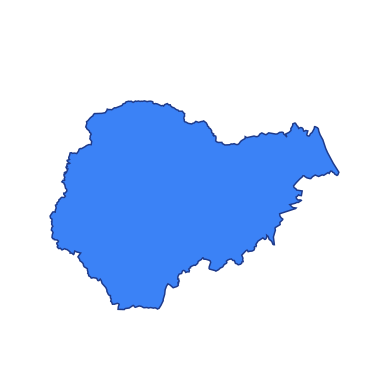 the district of Amboasary-Atsimo, Anosy, Madagascar, rotated 255°
{"feature_id": "10022922B61088153240222", "entity_name": "Amboasary-Atsimo", "entity_type": "district", "adm_level": 2, "iso_a3": "MDG", "parent_name": "Madagascar", "parent_adm1": "Anosy", "projection": "mercator", "projection_center": [46.389, -24.509], "detail": "fine", "context": "isolated", "style": "filled", "palette": "blue", "viewbox_px": 384, "rotation_deg": 255, "n_neighbors": 0, "source": "geoboundaries", "source_scale": "gbopen_adm2", "svg_char_len": 5999}
<svg xmlns="http://www.w3.org/2000/svg" viewBox="0 0 384 384"><g transform="rotate(255 192 192)"><path d="M199.6,48.6L199.1,48.9L197.2,48.1L194.9,48.7L194.0,47.5L192.0,46.4L191.4,46.3L190.9,46.8L188.8,47.3L186.9,46.0L184.4,45.0L182.9,45.5L182.7,46.4L181.6,46.6L180.5,49.4L179.1,50.3L178.1,49.4L177.7,48.1L176.9,48.0L174.7,48.6L174.2,47.8L173.4,47.7L171.8,48.7L171.7,50.3L169.7,51.4L170.2,54.4L169.1,55.5L168.8,56.4L165.8,58.7L164.5,58.4L164.1,60.0L162.3,61.3L162.5,61.8L165.3,63.5L163.9,65.2L161.9,68.7L159.0,65.1L158.5,65.1L156.7,65.9L154.5,66.0L153.1,67.2L151.1,68.3L149.0,68.2L147.7,68.5L145.0,71.1L143.3,70.7L141.5,70.8L140.5,70.2L139.1,70.8L137.8,70.5L136.3,72.0L135.2,72.2L134.8,72.8L134.9,74.3L133.6,77.1L133.2,77.6L131.0,78.1L130.6,78.5L130.6,79.4L131.6,80.8L129.9,81.4L127.0,81.5L122.0,84.0L119.7,84.4L117.9,84.1L114.7,84.7L113.5,85.4L113.1,86.4L110.7,85.8L109.6,86.3L107.4,85.2L106.7,85.8L104.2,86.1L103.7,88.0L103.8,91.1L103.2,92.0L102.4,92.6L100.2,91.1L97.8,90.2L96.0,96.1L96.7,97.4L96.2,101.3L97.7,105.7L97.5,106.2L95.8,106.9L95.3,107.5L95.6,111.4L94.6,113.5L92.9,115.2L92.6,115.8L92.1,118.6L91.2,119.9L91.1,122.2L89.8,124.7L89.7,126.4L88.6,127.8L87.9,128.3L88.2,130.1L90.6,132.7L94.4,136.0L95.8,136.4L100.2,139.1L104.6,140.8L107.7,143.0L109.5,145.0L107.9,146.7L104.4,149.0L104.6,152.7L105.0,154.0L105.6,154.7L106.9,154.7L107.1,155.2L108.0,155.0L108.1,155.7L108.8,155.7L109.3,156.6L110.2,156.4L111.4,156.6L111.6,155.7L114.0,156.5L116.0,158.3L116.0,160.9L118.1,162.2L118.5,163.4L117.9,164.5L115.9,165.1L116.1,166.7L115.6,168.5L116.9,169.2L118.4,168.9L119.1,170.1L119.2,171.0L120.2,171.2L120.8,174.8L120.3,176.3L121.6,178.9L123.4,180.1L124.4,183.6L125.6,185.2L125.3,185.9L124.0,186.1L123.5,187.9L121.5,191.1L120.5,191.8L119.1,191.8L115.2,189.2L113.7,188.7L113.0,189.0L109.9,194.3L109.4,194.6L110.1,197.6L111.4,200.0L111.4,201.1L111.8,202.4L113.6,204.3L114.3,206.9L114.9,207.4L116.3,207.3L117.0,208.8L117.3,210.7L117.1,212.7L115.3,213.8L114.8,215.2L111.8,215.5L111.1,216.7L109.7,217.8L109.7,220.1L110.3,221.5L111.5,222.1L111.5,223.4L113.9,223.5L114.9,224.1L118.1,223.7L121.2,228.7L121.6,229.8L121.5,230.3L119.8,230.8L119.8,232.7L119.4,234.7L119.8,236.7L121.1,237.8L122.6,237.9L123.0,238.6L122.7,239.7L123.9,240.4L124.9,240.2L127.5,243.1L129.3,248.6L127.4,249.9L127.3,250.7L128.0,251.7L129.9,252.9L130.8,253.0L129.4,254.0L126.3,254.3L123.7,256.2L120.6,256.6L120.1,257.0L119.8,257.9L127.5,259.0L133.6,262.7L135.5,262.8L136.1,263.3L137.7,268.7L139.9,269.0L141.7,272.3L142.3,272.7L144.2,271.3L146.3,270.7L148.3,271.0L149.2,287.8L149.6,288.4L150.7,285.8L151.3,285.0L154.5,283.2L154.4,288.6L154.8,290.7L154.4,291.9L155.5,295.4L156.1,295.1L156.9,292.3L158.6,291.2L160.3,291.3L160.6,292.6L161.7,294.2L160.9,294.9L160.2,296.7L164.5,298.7L166.8,293.6L168.2,293.2L169.9,291.7L171.6,291.7L174.0,295.1L176.8,299.7L178.1,302.5L179.0,303.4L178.6,304.6L177.6,305.1L175.9,306.7L174.5,309.2L174.2,310.2L175.6,312.4L176.5,315.4L174.2,318.4L174.8,321.7L174.7,322.5L174.0,323.6L175.5,328.4L174.4,329.3L176.3,331.2L175.8,332.6L174.6,333.0L173.9,334.0L172.4,334.5L170.5,336.3L170.9,337.4L173.1,339.0L183.1,335.9L195.0,333.1L199.5,332.4L208.6,331.9L214.3,330.5L218.1,330.2L220.3,330.4L221.6,329.8L223.3,327.8L223.4,327.3L221.3,326.2L218.4,323.4L217.6,321.5L215.9,320.0L215.8,319.2L216.7,317.9L217.8,317.7L221.0,319.7L222.0,317.8L221.7,316.2L221.9,315.6L224.5,315.5L225.7,314.7L226.2,313.3L225.8,311.5L228.0,311.2L228.5,310.7L231.5,309.8L232.0,309.3L231.8,307.1L229.8,306.2L227.7,303.9L225.8,303.5L224.5,301.2L223.8,297.5L220.4,297.8L222.6,296.9L224.2,295.6L225.8,295.5L226.5,294.5L226.9,292.0L226.1,289.6L226.2,288.1L229.3,281.4L228.2,278.5L228.5,277.7L231.0,274.7L230.5,272.7L228.9,270.8L228.6,269.4L228.9,268.2L230.0,266.4L230.3,259.1L231.7,257.7L229.9,257.1L229.1,254.0L228.3,252.1L226.5,249.9L226.0,248.7L226.4,247.0L227.8,245.2L227.8,243.6L228.3,242.2L227.9,240.6L228.9,235.9L231.0,233.9L232.2,233.7L233.1,230.1L233.8,229.1L235.3,228.1L238.0,229.2L239.7,229.4L240.5,228.4L240.6,227.4L241.6,227.1L242.3,228.0L244.3,226.4L246.3,226.8L248.5,226.0L249.5,225.0L250.8,224.9L251.6,224.1L252.7,224.2L255.0,223.7L257.5,221.8L257.7,221.4L257.4,220.6L257.7,219.3L257.5,216.4L259.2,214.0L258.1,211.8L258.2,210.7L257.8,209.3L259.3,206.1L261.0,204.4L261.6,203.3L262.6,202.9L263.9,203.3L265.0,203.1L266.6,203.7L267.2,204.5L268.4,204.6L269.7,205.2L270.4,204.4L272.5,203.6L273.5,200.2L274.5,199.9L275.7,198.1L278.2,196.2L278.8,194.8L279.5,194.6L280.9,193.5L281.8,193.6L282.3,192.0L283.8,191.0L283.5,188.3L282.4,186.8L283.1,186.2L283.3,184.5L286.0,181.4L286.9,179.6L287.0,178.2L287.7,177.4L289.4,177.4L290.4,175.7L290.8,174.0L290.9,172.0L292.3,169.7L292.4,167.4L292.8,166.6L292.9,165.3L293.8,163.7L293.8,162.0L294.5,160.9L293.8,158.3L295.5,156.7L295.5,155.6L296.1,154.3L296.1,151.5L295.1,150.5L295.0,148.2L293.7,146.8L293.0,140.2L293.4,138.8L292.2,135.8L293.0,133.8L293.0,133.1L294.0,131.6L292.7,130.8L291.1,128.7L291.3,125.3L293.0,118.0L292.3,116.9L290.9,115.6L290.9,115.0L289.8,112.7L287.8,109.9L287.2,108.3L285.5,108.2L282.3,106.2L281.7,106.7L280.4,106.7L277.5,108.6L276.1,108.6L274.9,109.5L274.3,109.3L273.8,109.5L272.4,108.1L271.2,107.9L269.8,107.1L266.9,108.2L263.8,106.9L264.5,104.6L264.1,101.8L263.6,100.9L262.5,96.6L262.9,95.2L262.5,94.0L260.8,92.9L259.0,90.6L260.0,88.6L260.3,86.5L261.2,85.6L261.3,84.4L258.9,83.1L257.4,81.9L256.2,81.7L255.1,82.1L254.9,79.6L254.5,79.4L252.5,80.3L251.4,81.4L251.1,80.5L251.6,78.8L249.7,77.8L248.7,78.1L248.6,76.7L246.7,77.1L246.5,78.0L245.8,77.7L243.8,76.0L244.1,74.8L243.6,73.9L243.0,75.1L242.2,73.8L242.1,72.9L240.8,72.6L239.1,73.0L238.1,72.1L236.4,72.1L236.2,71.7L236.7,70.5L235.5,68.9L233.6,70.7L232.7,70.6L232.1,71.0L228.3,70.8L227.1,71.6L225.4,71.4L223.9,69.3L224.1,67.8L222.9,67.6L220.8,68.6L220.2,67.9L219.8,67.1L220.6,64.8L219.9,63.2L219.3,62.8L219.1,61.6L217.6,60.9L216.5,58.8L215.0,58.3L214.6,56.7L211.7,56.7L210.0,55.4L208.0,54.7L208.5,53.8L208.7,52.3L205.5,48.7L203.4,48.6L202.1,49.7L200.0,49.1L199.6,48.6Z" fill="#3b82f6" stroke="#1e3a8a" stroke-width="1.5"/></g></svg>